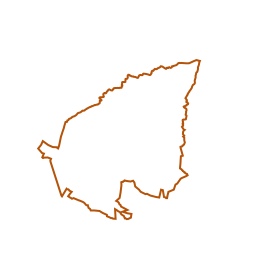 outline of Gutu, Masvingo, Zimbabwe, rotated 294°
{"feature_id": "62879985B73698916591345", "entity_name": "Gutu", "entity_type": "district", "adm_level": 2, "iso_a3": "ZWE", "parent_name": "Zimbabwe", "parent_adm1": "Masvingo", "projection": "natural_earth1", "projection_center": [31.544, -19.591], "detail": "fine", "context": "isolated", "style": "outline", "palette": "amber", "viewbox_px": 256, "rotation_deg": 294, "n_neighbors": 0, "source": "geoboundaries", "source_scale": "gbopen_adm2", "svg_char_len": 5736}
<svg xmlns="http://www.w3.org/2000/svg" viewBox="0 0 256 256"><g transform="rotate(294 128 128)"><path d="M218.5,166.4L218.2,164.8L218.0,163.5L217.8,162.7L217.4,162.5L216.3,161.3L212.0,157.5L211.0,155.4L209.0,150.0L208.5,149.2L208.4,148.6L208.2,148.2L207.7,147.6L206.9,147.3L206.3,147.2L205.0,146.5L202.5,143.5L202.4,143.7L202.1,143.4L201.1,143.2L200.3,142.6L200.2,142.4L200.3,141.2L200.3,140.9L200.0,140.7L199.4,140.5L199.2,140.4L199.0,140.0L199.1,139.4L198.8,139.0L198.4,138.8L197.8,138.9L197.5,138.7L197.5,138.4L197.5,137.7L198.1,134.6L197.8,132.9L197.5,132.7L196.8,132.6L196.5,132.5L196.1,132.2L194.5,130.7L193.6,130.4L193.4,130.2L193.3,129.9L193.0,129.5L192.9,128.5L192.2,128.2L191.5,128.1L190.6,127.9L190.3,127.0L190.0,126.8L189.4,126.7L188.7,126.8L188.4,126.8L188.0,127.2L187.6,127.1L186.9,127.1L185.7,126.9L185.3,126.5L185.2,126.2L185.1,124.8L184.8,122.9L184.1,120.4L183.9,120.0L183.6,119.8L182.5,119.8L182.1,119.6L181.9,119.2L181.5,117.7L181.2,117.4L180.6,116.9L180.0,116.8L178.0,116.7L177.8,116.6L177.6,116.0L177.6,113.9L177.1,112.4L177.2,111.9L177.2,111.7L176.7,110.7L176.8,109.2L176.6,108.6L177.0,108.0L177.0,107.6L176.9,107.0L176.7,106.6L175.8,106.4L175.0,106.7L174.5,107.1L174.0,107.2L173.0,107.3L172.7,107.2L172.5,106.9L171.9,105.9L171.6,105.8L170.6,106.3L170.2,106.4L169.1,106.8L168.8,106.5L168.4,105.9L168.1,104.9L167.7,104.2L167.2,104.1L166.6,104.4L166.0,104.6L165.2,104.7L164.9,104.9L164.8,105.4L164.6,105.5L164.1,105.6L163.9,105.2L163.7,105.2L162.6,105.7L162.2,105.7L161.9,105.3L161.6,104.6L161.4,104.1L161.1,103.9L160.9,103.7L160.5,102.4L159.5,100.6L159.4,100.0L159.0,99.6L158.8,99.1L158.5,98.9L158.3,99.0L157.5,98.8L157.2,98.5L156.9,98.6L156.5,98.5L156.0,98.4L155.8,98.2L155.5,97.2L155.7,95.3L155.6,95.1L155.2,94.9L155.0,94.6L154.2,94.4L153.7,94.4L152.9,93.9L152.4,93.8L152.1,93.9L151.6,93.9L150.9,93.7L150.6,93.5L150.5,93.0L150.6,92.6L150.4,92.3L149.6,91.8L149.1,91.7L148.8,91.7L147.9,92.3L147.6,92.4L146.9,93.1L146.5,93.1L146.3,92.9L146.0,92.4L145.2,91.1L144.7,90.0L144.3,89.7L144.0,89.6L143.8,89.6L143.5,90.0L143.4,90.4L143.3,90.9L143.0,91.3L142.8,92.3L142.6,92.5L142.4,92.5L142.2,92.4L141.7,91.8L141.4,91.2L139.4,92.0L139.1,92.0L138.8,91.9L138.2,91.3L137.6,91.2L137.3,91.0L137.1,90.8L137.0,90.4L135.5,88.6L135.4,88.2L134.5,87.5L133.3,86.3L133.2,86.0L132.9,85.7L132.1,85.4L131.4,84.4L130.8,84.0L129.9,83.3L129.5,83.1L129.2,82.7L128.4,82.3L127.3,81.5L126.3,81.1L125.9,80.6L125.4,79.5L125.1,79.2L124.4,79.0L122.9,78.1L122.4,77.6L121.5,76.4L120.7,76.0L119.0,75.5L118.0,75.0L117.0,74.2L116.8,74.1L115.5,72.6L115.0,72.5L114.0,72.0L112.9,71.1L112.4,70.5L112.2,70.4L111.5,70.4L111.0,70.3L110.2,69.5L109.1,69.8L108.7,69.7L108.4,69.0L108.1,68.5L104.0,69.0L101.9,69.4L98.2,69.7L93.7,70.2L93.1,70.2L83.6,72.3L83.0,72.3L80.9,72.5L80.9,71.8L81.5,71.0L80.0,67.1L80.0,62.1L81.4,55.5L77.2,55.5L72.7,54.3L70.2,59.6L70.4,61.6L66.3,61.6L66.0,62.4L66.0,62.6L66.7,63.2L68.4,66.6L68.6,70.2L66.6,70.3L65.7,70.9L39.1,94.7L38.7,95.5L47.5,96.6L47.2,97.3L47.7,98.6L46.9,100.0L46.8,102.5L44.6,101.8L41.3,101.1L40.9,103.4L40.8,105.1L40.6,105.6L41.8,106.8L41.9,112.7L42.0,112.8L42.1,116.4L42.0,117.9L41.5,119.3L40.7,120.9L40.6,121.8L41.1,122.7L39.0,124.4L38.6,126.3L37.5,127.5L38.9,130.6L40.6,135.7L40.1,139.4L40.1,144.0L38.8,144.7L38.9,146.8L38.8,149.2L39.2,150.0L39.1,151.2L40.0,153.6L48.6,149.2L48.4,151.1L48.0,152.6L47.8,155.9L47.1,155.9L46.4,157.1L45.9,160.1L44.2,161.8L44.6,162.3L44.2,163.8L45.1,165.3L46.2,166.1L47.3,167.1L50.9,166.1L49.9,162.4L49.3,157.1L52.9,160.8L53.4,153.6L54.6,152.5L54.7,151.3L55.7,150.4L56.4,149.1L56.6,146.9L60.7,148.8L61.0,148.7L65.8,147.5L73.0,145.3L75.8,143.9L76.0,144.1L76.3,144.5L76.5,144.7L76.5,145.0L76.7,145.3L77.2,145.3L77.7,145.7L78.1,146.2L78.7,146.2L78.8,146.6L78.8,147.0L79.2,148.9L80.2,152.3L80.3,152.5L80.3,152.3L81.9,154.1L80.8,156.0L77.5,158.4L76.2,163.1L74.9,165.5L74.7,170.9L75.6,172.1L75.4,175.9L76.4,181.8L77.2,184.8L85.1,183.3L85.4,185.1L79.6,189.0L79.8,190.7L79.4,191.4L79.8,192.2L81.6,191.8L81.7,191.7L86.1,190.9L90.3,194.9L95.6,194.4L97.3,195.6L103.0,196.7L103.4,196.9L104.4,197.7L107.1,200.2L109.0,201.7L110.0,200.7L109.9,200.1L110.2,198.3L110.5,198.0L110.3,197.6L110.8,196.9L110.9,196.4L110.9,195.7L111.5,195.1L111.5,194.4L112.0,193.8L112.1,192.5L112.3,191.9L117.0,190.3L123.7,187.8L125.0,189.3L130.8,184.5L131.4,184.0L132.2,183.6L133.2,184.9L133.6,185.1L133.9,185.1L134.2,185.0L134.4,185.3L135.7,185.9L137.9,185.8L139.8,184.3L142.1,183.3L142.6,181.9L143.8,182.5L144.8,180.6L146.9,179.9L148.1,179.9L149.3,180.5L149.3,179.5L151.0,176.8L151.3,176.9L151.5,177.3L151.9,177.3L151.9,177.2L152.1,177.1L152.5,177.3L152.8,177.3L153.6,176.9L153.7,176.7L153.8,176.3L153.9,176.2L154.2,176.2L154.3,176.6L154.5,176.6L155.2,176.2L155.7,175.7L156.1,175.7L156.7,175.1L157.5,174.7L157.9,174.8L158.4,175.4L158.8,176.4L159.5,177.3L163.0,176.5L163.2,176.2L163.4,175.5L163.5,175.3L165.7,174.8L166.5,174.4L167.9,174.3L168.4,174.0L169.0,173.7L169.3,173.3L169.6,171.0L169.9,170.5L170.2,170.2L170.4,170.3L171.4,171.4L171.7,171.6L172.4,172.2L172.9,172.1L174.0,173.1L174.5,172.9L174.9,172.9L175.0,172.4L175.4,172.1L175.5,171.9L175.5,171.6L175.4,171.1L175.5,170.8L175.8,170.8L176.0,171.0L176.4,170.4L176.6,170.4L177.0,170.6L177.4,170.5L177.8,169.7L178.4,169.0L178.6,168.4L179.4,168.4L180.8,168.7L181.5,168.6L182.4,168.9L182.8,168.9L183.1,168.7L183.8,168.8L184.8,168.9L186.1,169.2L187.0,169.2L187.2,169.3L187.8,169.4L188.6,169.7L189.3,169.7L189.9,169.9L190.8,169.9L192.0,169.7L193.5,169.8L194.1,170.0L195.1,170.7L196.0,170.8L196.5,170.7L198.6,169.6L200.5,169.4L201.7,169.2L202.1,169.1L203.0,168.5L204.1,168.4L204.9,168.2L206.4,167.9L206.7,168.0L207.3,168.4L208.6,168.3L210.6,167.9L211.6,167.3L212.1,167.2L212.9,167.2L214.9,167.0L217.1,166.4L218.5,166.4Z" fill="none" stroke="#b45309" stroke-width="2"/></g></svg>